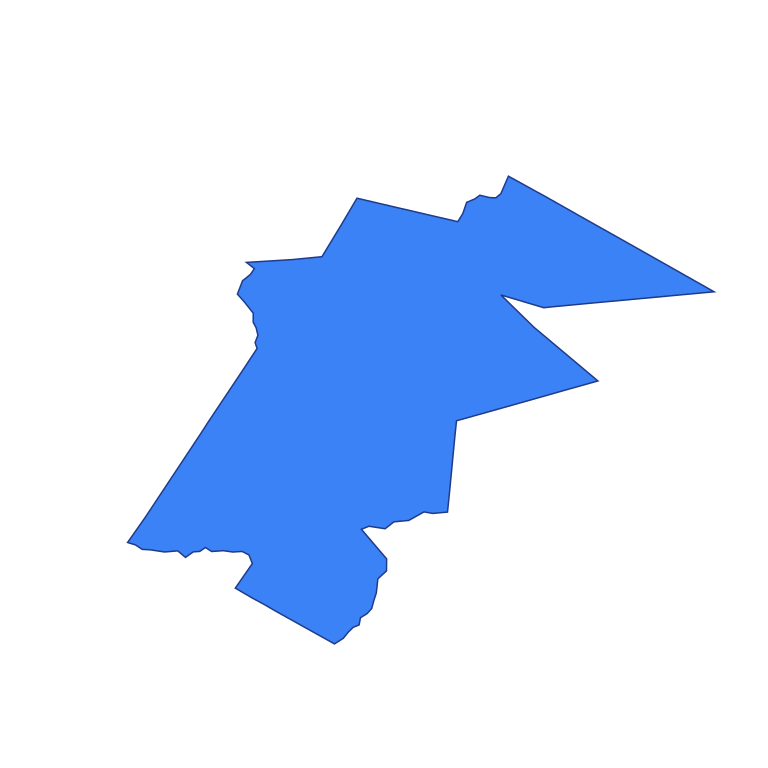 Palmares, Pernambuco, Brazil (orthographic projection), rotated 222°
{"feature_id": "56859067B81713623285946", "entity_name": "Palmares", "entity_type": "district", "adm_level": 2, "iso_a3": "BRA", "parent_name": "Brazil", "parent_adm1": "Pernambuco", "projection": "orthographic", "projection_center": [-35.631, -8.659], "detail": "fine", "context": "isolated", "style": "filled", "palette": "blue", "viewbox_px": 768, "rotation_deg": 222, "n_neighbors": 0, "source": "geoboundaries", "source_scale": "gbopen_adm2", "svg_char_len": 1248}
<svg xmlns="http://www.w3.org/2000/svg" viewBox="0 0 768 768"><g transform="rotate(222 384 384)"><path d="M567.6,382.3L557.5,383.0L556.6,375.9L558.2,366.1L553.1,352.7L541.8,351.4L528.5,349.1L522.6,342.4L516.6,340.2L510.3,335.8L507.5,328.5L502.1,325.5L497.9,297.8L489.2,238.0L487.2,225.8L472.2,125.1L468.5,94.6L461.1,98.1L453.0,99.3L447.0,104.2L434.7,112.3L425.6,122.0L415.5,122.3L413.4,131.6L408.9,136.3L407.3,143.0L400.0,144.2L391.9,152.6L384.0,157.9L377.4,164.6L370.0,166.6L361.7,162.5L357.9,132.8L338.2,136.9L326.3,139.8L312.1,142.8L246.9,157.7L244.1,167.8L244.5,175.8L244.1,182.5L241.3,188.3L245.1,194.6L242.9,202.2L242.9,208.9L246.6,216.2L249.9,223.6L258.2,235.1L257.1,246.8L265.0,255.8L303.6,260.9L300.0,268.2L292.7,273.0L286.3,277.2L284.4,288.2L274.3,299.2L268.7,315.7L261.2,320.4L251.1,331.3L263.6,348.4L296.2,392.4L305.5,405.2L274.1,454.8L246.0,499.5L227.1,529.4L310.9,526.5L356.7,528.4L316.3,547.6L311.3,553.2L293.9,572.1L283.6,583.3L200.4,673.4L281.1,655.5L350.7,639.9L390.5,631.1L400.0,628.8L430.6,621.7L424.5,603.6L425.5,597.2L430.3,593.2L439.1,588.4L440.3,582.5L444.1,574.3L439.4,563.2L437.8,554.0L494.4,522.7L528.4,504.0L522.2,473.4L515.3,437.1L535.2,415.3L567.6,382.3Z" fill="#3b82f6" stroke="#1e3a8a" stroke-width="1.5"/></g></svg>